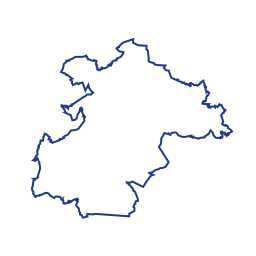 Tepeji del Río de Ocampo, Hidalgo, Mexico (Natural Earth projection), rotated 263°
{"feature_id": "50627088B70341561261436", "entity_name": "Tepeji del Río de Ocampo", "entity_type": "district", "adm_level": 2, "iso_a3": "MEX", "parent_name": "Mexico", "parent_adm1": "Hidalgo", "projection": "natural_earth1", "projection_center": [-99.356, 19.894], "detail": "fine", "context": "isolated", "style": "outline", "palette": "blue", "viewbox_px": 256, "rotation_deg": 263, "n_neighbors": 0, "source": "geoboundaries", "source_scale": "gbopen_adm2", "svg_char_len": 5825}
<svg xmlns="http://www.w3.org/2000/svg" viewBox="0 0 256 256"><g transform="rotate(263 128 128)"><path d="M78.4,147.2L79.4,145.1L80.7,143.7L81.2,147.3L82.8,149.7L83.5,153.4L84.3,155.3L84.1,156.9L84.8,160.4L89.1,164.2L105.5,156.4L107.9,158.5L111.3,159.5L113.6,159.7L117.1,162.6L118.6,163.4L117.3,166.7L117.7,167.5L117.1,167.6L116.0,168.9L116.0,169.3L116.8,169.6L117.5,170.4L117.9,171.4L117.8,174.8L117.5,175.4L114.7,177.0L112.8,180.3L112.2,183.2L112.7,189.6L111.7,189.1L111.2,190.1L111.6,190.4L111.6,190.9L111.1,190.5L110.5,191.0L110.7,192.4L109.8,194.0L109.6,195.2L109.1,195.7L109.0,197.5L109.5,198.6L109.3,202.9L110.4,203.3L110.8,203.9L110.9,204.9L112.2,206.5L111.9,207.2L115.6,209.6L113.1,211.5L110.1,212.1L108.1,213.5L107.4,214.4L107.5,215.7L106.5,218.5L106.7,219.0L107.2,218.4L107.6,218.8L107.2,219.3L107.4,219.5L107.0,220.2L107.2,220.4L108.7,220.9L109.7,220.8L111.7,219.5L113.0,219.9L112.8,221.1L111.8,221.7L111.7,222.7L110.0,223.1L109.6,223.6L110.7,224.1L109.2,225.0L108.2,225.1L109.0,226.8L109.7,225.8L110.8,226.8L110.5,227.5L111.7,230.5L111.9,230.3L112.1,230.7L113.6,229.8L116.0,227.1L117.1,227.3L118.1,226.8L118.9,225.4L118.2,225.2L118.2,224.9L119.0,224.4L119.1,223.6L120.5,221.8L122.7,223.3L129.5,222.0L131.4,223.9L131.5,225.0L133.1,225.4L133.3,226.8L134.0,226.9L134.9,225.5L137.2,224.2L138.9,223.8L139.7,222.9L139.3,221.7L140.2,221.4L137.9,219.4L139.4,217.3L137.8,217.0L138.9,215.9L139.1,213.7L138.8,212.7L138.1,212.3L138.6,210.3L140.1,209.8L140.3,211.5L140.9,211.4L140.4,209.9L141.9,211.3L142.6,206.2L143.1,204.9L145.0,205.5L145.3,206.1L144.8,206.3L144.8,206.7L145.4,206.9L145.6,207.5L145.0,207.8L145.3,208.5L148.6,209.4L150.4,210.3L150.3,210.8L151.1,211.7L152.3,212.4L153.3,212.0L153.5,212.5L154.5,211.4L154.1,210.5L154.7,210.8L155.1,210.1L157.1,209.6L158.5,210.2L158.8,209.6L159.4,210.3L160.5,209.3L160.6,209.6L165.8,208.5L164.8,206.6L164.0,206.0L164.2,205.4L162.8,204.3L161.5,202.2L162.6,200.6L162.4,199.0L163.6,197.9L164.3,196.4L165.5,195.7L164.9,195.9L165.0,194.4L164.7,195.9L164.3,194.5L163.3,194.9L163.2,194.5L162.2,195.3L162.0,194.7L163.0,194.3L163.4,193.1L164.4,192.0L164.2,191.3L164.8,191.1L164.4,190.4L165.5,189.4L166.3,189.3L166.0,187.5L166.3,187.1L167.1,187.1L168.2,184.2L169.0,183.3L169.8,183.7L170.2,182.7L169.6,182.1L172.6,177.1L180.1,175.4L180.4,173.4L181.0,172.5L183.4,170.9L185.5,172.7L186.6,166.4L187.8,162.2L189.2,161.7L191.0,157.5L191.6,157.0L192.4,156.5L194.1,157.1L202.5,157.1L203.8,155.8L207.3,156.5L208.9,148.3L211.9,143.5L215.5,143.7L215.8,145.0L213.2,132.8L212.3,132.3L211.6,130.7L210.1,129.5L209.9,128.5L209.3,128.7L208.9,126.9L208.2,127.0L208.1,126.5L205.2,128.6L203.9,132.7L202.5,132.2L200.2,130.2L199.3,129.1L198.4,125.5L197.8,125.6L197.3,124.3L196.5,124.5L196.5,122.0L195.8,120.5L195.0,120.5L194.5,119.6L193.8,119.8L193.7,118.6L192.2,118.8L192.1,117.5L193.2,117.3L193.3,117.0L192.5,115.8L191.1,115.1L190.1,112.3L190.3,110.4L190.9,110.1L191.1,109.1L190.6,108.8L189.6,109.1L189.7,107.6L188.7,107.0L189.4,105.0L190.1,104.6L191.0,105.3L192.1,104.3L194.2,104.9L194.7,104.0L195.7,104.0L198.4,105.0L199.4,102.7L198.6,102.4L200.0,99.0L201.1,97.5L200.9,96.8L203.3,96.1L203.2,95.6L204.9,95.4L204.1,91.8L205.0,84.4L203.6,81.4L202.5,77.3L202.0,77.4L202.3,75.3L201.5,75.5L199.2,71.9L196.5,71.3L194.3,70.3L191.7,68.3L189.8,71.7L190.0,72.0L188.3,73.1L188.2,74.1L187.6,74.2L187.5,75.2L186.0,76.2L183.7,78.8L182.7,76.6L181.4,78.1L179.2,77.9L177.2,78.6L178.1,80.7L177.9,80.9L179.0,82.8L177.4,84.4L178.4,85.4L178.6,88.4L170.4,90.2L175.6,93.9L172.3,94.3L168.8,96.3L167.3,97.6L167.0,96.7L165.6,95.1L166.1,93.3L166.1,91.2L164.7,89.4L164.5,88.3L158.2,76.0L158.5,75.5L158.3,75.0L156.9,75.0L156.7,74.5L157.2,73.3L155.7,71.0L154.6,70.9L155.0,70.4L156.1,70.5L156.2,69.4L156.7,70.4L157.3,70.2L157.9,68.1L157.7,66.4L158.8,64.9L158.5,64.7L157.5,64.7L156.7,65.6L153.0,67.5L150.9,68.0L150.9,67.6L147.6,72.8L142.5,73.7L142.6,76.7L143.7,78.1L147.7,79.8L150.7,82.3L151.2,82.1L151.7,82.7L152.6,82.6L153.6,83.2L153.9,84.0L153.2,84.6L151.7,85.1L151.2,84.8L151.1,84.0L150.4,84.2L145.6,85.3L145.7,86.0L144.5,86.5L144.4,85.5L143.7,86.3L142.4,85.5L140.4,85.6L133.2,78.6L132.8,77.6L132.4,74.2L132.6,71.3L128.6,67.3L128.0,64.9L126.8,62.6L126.5,62.4L125.9,63.1L125.0,60.8L125.5,58.9L124.9,58.4L124.3,58.7L122.5,51.1L123.8,49.3L124.6,50.5L126.0,49.8L125.9,48.7L126.4,47.7L128.5,49.2L129.3,48.0L130.6,47.4L132.5,44.8L129.0,42.9L125.7,42.1L126.3,39.9L126.0,39.6L122.9,38.9L122.2,37.7L121.4,37.1L121.0,37.3L120.5,36.8L120.2,37.3L119.3,37.1L118.6,36.3L118.0,36.3L117.7,35.6L116.4,35.5L115.6,34.9L113.7,35.1L112.6,34.8L111.1,33.1L109.1,32.0L107.6,30.0L107.4,30.8L106.6,31.5L107.1,32.7L109.0,34.5L105.9,35.2L104.3,36.0L103.3,35.5L101.4,36.0L98.1,35.7L90.8,32.5L90.2,32.8L89.4,31.9L89.0,30.5L89.0,28.1L88.3,29.0L87.8,29.1L87.1,27.7L81.5,26.2L80.6,25.5L77.9,25.3L75.8,26.4L74.8,25.8L70.9,27.6L70.9,27.9L71.4,27.9L71.8,28.5L71.6,31.3L72.3,32.0L72.0,33.4L72.5,34.0L72.5,35.2L73.5,37.5L73.6,39.3L72.8,41.0L71.2,42.3L70.2,42.5L69.6,44.0L68.7,44.5L67.5,46.3L68.2,46.7L68.8,48.3L68.1,51.7L67.2,52.7L65.6,53.1L65.4,53.8L65.7,54.3L65.1,54.0L65.2,54.4L63.8,54.9L61.1,54.7L61.1,55.9L60.7,56.0L61.1,59.9L61.8,59.2L63.1,60.3L62.6,61.3L61.9,61.6L62.1,62.1L61.7,62.3L62.4,63.6L62.7,63.5L63.7,66.7L63.2,67.2L64.2,68.5L64.1,68.9L63.6,68.9L63.5,69.5L62.9,69.7L61.7,68.4L61.0,69.1L58.1,67.0L55.6,68.2L54.2,69.4L50.7,69.5L49.7,70.1L48.0,69.8L47.3,71.3L44.7,72.0L44.5,73.0L45.3,75.4L45.3,76.1L44.9,76.2L45.0,76.9L47.6,77.1L46.6,82.1L46.6,85.8L40.2,118.4L42.8,118.8L44.9,124.2L47.8,124.7L49.0,123.7L49.5,123.9L50.0,124.6L51.7,125.2L52.0,126.0L53.4,126.2L53.5,126.6L54.3,126.9L54.5,129.0L56.8,129.0L63.7,127.3L65.2,125.6L67.4,125.4L68.5,124.7L68.8,124.1L70.5,123.4L71.3,122.3L73.0,121.3L73.2,120.5L74.2,120.2L73.4,123.0L74.2,126.0L67.7,135.9L73.4,140.4L74.5,141.8L76.5,143.4L78.0,145.3L78.4,147.2Z" fill="none" stroke="#1e3a8a" stroke-width="2"/></g></svg>